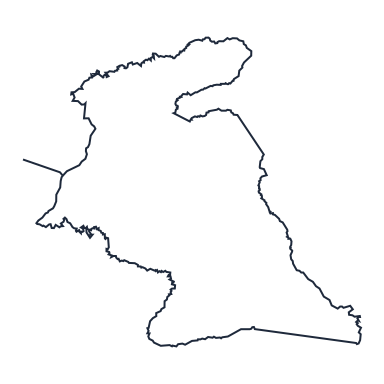 outline of Mufumbwe, North-Western, Zambia
{"feature_id": "96606910B54849868159577", "entity_name": "Mufumbwe", "entity_type": "district", "adm_level": 2, "iso_a3": "ZMB", "parent_name": "Zambia", "parent_adm1": "North-Western", "projection": "orthographic", "projection_center": [25.2, -13.766], "detail": "fine", "context": "isolated", "style": "outline", "palette": "slate", "viewbox_px": 384, "rotation_deg": 0, "n_neighbors": 0, "source": "geoboundaries", "source_scale": "gbopen_adm2", "svg_char_len": 5846}
<svg xmlns="http://www.w3.org/2000/svg" viewBox="0 0 384 384"><path d="M38.4,220.5L36.4,223.2L37.2,224.0L39.6,224.3L42.6,226.1L43.4,225.6L45.9,227.1L49.2,224.4L50.6,224.2L51.7,228.0L53.9,228.1L55.7,224.9L59.4,227.3L60.7,226.3L62.9,226.1L60.9,223.5L63.6,221.7L64.2,219.8L63.5,218.9L64.9,217.6L66.5,219.1L67.5,222.0L70.2,223.3L72.5,227.1L74.2,228.3L76.7,228.6L75.9,230.8L76.5,231.7L79.0,230.2L79.2,231.5L80.9,233.2L80.9,231.6L82.5,231.9L83.6,231.1L83.0,228.6L81.0,227.5L83.4,225.8L84.4,228.1L85.9,228.0L86.9,226.9L87.4,229.2L86.4,229.6L86.5,232.4L90.0,237.8L92.5,234.7L90.2,234.7L90.8,233.8L89.1,231.4L89.0,229.6L91.1,230.2L91.3,228.9L92.8,228.2L94.3,228.5L94.1,227.1L96.0,226.7L96.9,229.1L98.6,228.2L98.5,230.1L100.7,230.9L101.3,232.7L102.9,233.0L102.9,234.5L104.8,234.2L104.9,238.5L105.5,239.0L106.4,237.7L108.1,238.2L108.8,247.3L107.7,249.3L106.5,248.9L106.5,251.3L109.2,252.0L109.5,253.2L108.6,254.4L111.9,255.5L111.3,257.1L113.5,256.0L115.9,256.0L116.2,257.6L117.6,259.1L118.6,258.8L119.8,261.4L121.8,260.6L123.3,261.1L124.2,260.2L128.2,261.9L128.9,262.9L134.8,263.2L137.9,264.9L137.9,266.4L140.8,266.5L141.3,267.6L142.6,267.2L145.4,268.5L147.2,270.6L150.3,268.8L154.5,270.6L155.5,270.1L155.8,271.0L157.1,270.1L157.9,272.4L159.4,271.2L161.7,272.6L161.0,271.6L161.5,270.9L163.2,272.0L165.3,270.8L166.4,271.9L170.3,272.5L170.1,274.7L168.7,274.9L167.9,276.4L170.5,276.4L171.0,278.6L169.6,279.5L173.8,281.6L173.5,282.4L172.3,282.1L171.9,284.3L175.1,285.2L174.8,288.5L172.0,288.6L170.6,289.6L171.5,290.9L170.6,292.1L171.3,294.0L169.0,294.3L169.4,295.3L167.3,297.0L166.9,299.5L164.6,301.2L164.5,307.3L161.4,309.1L160.6,311.1L156.2,313.1L156.3,316.1L152.9,318.1L150.1,321.2L148.6,327.9L147.4,328.2L148.6,330.9L147.4,333.3L149.5,333.4L148.3,336.4L149.3,338.9L152.7,340.6L154.0,342.6L160.8,345.8L169.6,345.1L172.0,346.3L172.5,345.6L176.4,346.4L178.1,344.2L182.4,343.6L185.1,344.7L192.0,340.9L197.6,340.4L198.0,339.3L200.4,339.4L202.2,338.6L205.1,339.2L208.1,337.0L212.6,337.7L213.9,336.7L216.0,337.9L219.9,337.5L221.1,338.3L222.2,337.3L227.9,336.5L241.0,329.2L249.8,329.2L251.3,328.7L252.3,327.2L253.9,327.0L254.8,329.1L356.1,343.0L356.9,344.1L358.6,343.5L360.1,340.2L360.7,334.2L358.8,332.4L361.0,327.7L357.8,325.8L356.7,324.2L357.8,323.1L356.2,322.0L357.9,320.4L358.8,320.8L357.4,318.4L358.6,317.0L360.0,317.0L359.8,316.0L354.5,316.7L352.5,315.3L349.1,314.8L348.8,312.3L352.8,309.3L350.2,305.8L343.5,307.8L342.0,306.5L340.2,306.5L337.7,308.6L331.7,305.4L329.5,300.0L323.8,296.6L319.5,288.5L316.0,286.2L312.9,281.8L308.2,279.1L303.2,272.5L301.2,272.5L299.5,270.8L296.7,270.2L293.1,263.7L292.7,261.0L291.2,259.3L290.5,255.2L292.1,251.6L292.2,250.6L290.2,248.7L290.7,247.7L290.1,247.1L291.2,245.0L291.5,241.3L290.3,238.7L288.4,238.8L288.5,237.7L287.0,236.8L287.8,236.1L286.6,232.5L287.5,231.2L287.2,229.6L282.7,222.4L279.9,221.1L279.1,218.8L274.9,214.9L273.0,214.4L272.9,213.1L270.4,213.5L269.8,212.5L270.4,211.6L269.4,211.1L268.2,207.1L266.1,204.1L266.4,202.9L264.5,201.2L264.5,200.3L261.3,198.3L262.0,197.4L261.8,195.6L260.9,195.1L261.3,194.3L258.9,192.6L258.6,191.2L259.8,190.0L259.6,188.6L259.0,188.5L259.1,186.0L258.4,185.5L259.7,182.3L259.1,181.2L260.6,180.2L260.4,178.3L262.0,176.5L266.7,175.2L263.9,169.1L260.1,168.1L259.7,167.2L260.4,161.2L262.3,159.2L262.3,157.0L263.8,154.5L237.4,115.0L233.6,114.7L233.0,113.3L231.3,112.4L230.8,110.4L227.4,109.8L225.9,110.7L221.5,110.7L218.4,108.7L216.9,109.7L208.7,111.2L208.5,112.4L206.5,112.6L206.1,115.0L204.6,116.0L202.5,116.4L200.4,115.5L199.6,116.7L198.1,116.2L197.2,117.0L194.9,116.4L191.7,118.1L191.1,119.0L191.6,119.7L190.6,119.7L189.8,121.5L173.7,113.2L175.3,112.6L175.9,109.6L177.5,108.7L176.9,107.7L177.9,106.9L177.6,105.8L176.2,105.5L175.4,103.9L175.8,101.7L177.5,100.3L176.7,99.8L177.0,98.9L180.0,97.6L179.9,96.8L181.5,96.9L181.3,96.0L183.1,94.0L187.0,94.4L187.6,92.6L190.7,95.2L195.4,92.3L196.9,92.4L201.5,89.7L203.1,89.6L204.6,88.2L205.5,88.5L210.6,85.9L212.6,86.2L213.3,85.3L216.8,84.7L220.7,84.9L220.8,83.9L225.1,83.9L225.6,83.2L227.2,84.1L228.4,84.1L229.2,83.1L230.4,83.5L232.8,80.6L233.5,80.8L234.0,79.0L238.6,76.1L239.3,70.6L242.4,67.6L242.1,66.0L244.0,62.5L251.2,55.7L251.3,51.1L246.8,47.9L245.9,45.4L243.8,44.1L243.3,41.3L239.4,40.4L237.0,38.4L232.7,38.2L229.7,39.4L227.4,38.1L223.4,41.3L219.1,41.2L217.5,42.1L217.3,43.1L215.3,43.4L214.1,41.5L211.9,41.7L210.3,40.6L209.7,38.6L208.5,37.6L205.6,37.7L204.5,39.2L202.8,39.4L202.3,40.7L198.7,39.7L195.2,40.2L189.4,42.8L188.5,43.8L189.0,44.2L187.8,44.6L188.4,45.4L186.2,46.6L186.2,48.0L184.6,48.8L184.3,50.4L183.5,50.0L182.2,51.4L180.3,51.5L180.6,52.5L179.6,52.6L179.1,54.5L176.7,55.4L174.5,58.2L173.2,58.2L172.3,56.8L171.1,56.9L170.1,55.9L169.2,56.5L165.9,55.9L164.3,57.0L160.3,56.0L159.0,56.8L155.7,53.7L153.0,53.5L152.7,54.8L153.7,55.6L154.0,58.3L152.7,56.9L150.8,58.0L150.8,60.4L148.9,58.7L147.4,60.2L146.0,59.7L143.8,61.2L144.0,62.6L142.5,62.4L141.3,63.5L141.0,66.0L137.2,63.0L132.8,64.5L131.9,62.3L128.1,63.8L127.4,67.3L126.0,68.3L124.5,68.1L124.7,66.6L122.2,65.1L119.8,65.7L119.5,66.5L119.0,66.1L117.3,67.1L118.3,68.9L117.1,69.5L117.2,70.5L115.0,70.8L114.4,71.8L109.5,71.2L107.6,72.6L105.6,72.7L108.5,76.2L106.7,77.0L106.5,75.5L104.6,74.8L103.1,76.6L103.7,78.0L98.9,74.2L99.0,71.5L97.2,70.5L96.3,72.2L97.7,74.0L94.2,74.0L95.6,74.9L93.2,76.4L91.4,75.0L91.9,77.5L89.4,77.7L88.6,79.7L84.4,81.5L81.2,86.5L82.4,88.9L78.9,88.7L74.7,92.1L71.5,92.3L71.2,94.4L73.2,93.8L74.6,97.5L72.7,100.9L78.0,101.1L81.6,104.6L84.3,104.4L85.5,103.2L84.0,118.4L88.6,118.3L91.6,124.4L94.2,126.4L95.4,128.8L90.7,135.7L89.4,144.1L88.0,147.1L86.1,148.3L85.9,151.1L86.9,154.2L85.4,158.8L81.7,161.6L79.3,165.2L66.9,171.2L62.8,175.7L60.0,172.3L23.0,159.5L60.0,172.3L62.8,175.7L61.6,177.2L60.7,181.0L60.2,187.5L56.3,194.7L56.2,201.4L54.2,206.3L53.0,208.3L48.5,211.0L47.9,212.5L45.6,213.4L42.4,217.6L38.4,220.5Z" fill="none" stroke="#1e293b" stroke-width="2"/></svg>